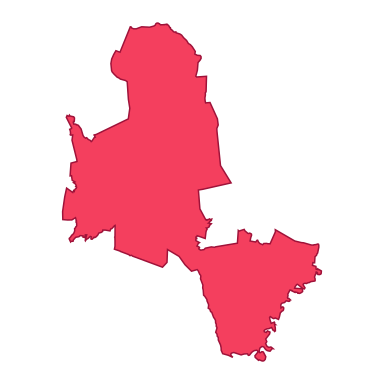 outline of Tlaltizapán de Zapata, Morelos, Mexico
{"feature_id": "50627088B49217098257647", "entity_name": "Tlaltizapán de Zapata", "entity_type": "district", "adm_level": 2, "iso_a3": "MEX", "parent_name": "Mexico", "parent_adm1": "Morelos", "projection": "orthographic", "projection_center": [-99.108, 18.704], "detail": "fine", "context": "isolated", "style": "filled", "palette": "rose", "viewbox_px": 384, "rotation_deg": 0, "n_neighbors": 0, "source": "geoboundaries", "source_scale": "gbopen_adm2", "svg_char_len": 5951}
<svg xmlns="http://www.w3.org/2000/svg" viewBox="0 0 384 384"><path d="M210.0,102.5L205.6,102.9L205.1,100.6L204.9,98.0L205.4,95.1L205.3,92.8L206.0,91.9L206.1,91.0L206.5,76.3L196.7,77.0L195.8,76.2L197.4,70.2L198.0,62.6L200.2,60.0L201.1,58.3L201.0,56.5L200.1,55.5L197.3,55.3L194.8,54.0L195.3,51.5L192.3,46.8L190.4,44.7L188.4,43.5L186.6,40.5L183.6,37.7L181.6,35.1L179.9,34.0L176.1,32.8L175.9,31.9L174.4,32.1L173.3,31.6L172.6,30.5L170.7,29.1L170.4,27.7L169.9,27.7L168.7,25.6L167.2,24.3L166.6,24.6L166.3,24.2L164.6,24.7L164.1,24.5L163.7,24.7L160.5,24.8L159.4,23.7L158.3,23.4L158.0,23.0L156.6,23.2L155.9,23.7L155.1,25.3L153.7,26.1L149.6,27.2L141.6,26.8L136.3,28.8L133.6,28.8L131.7,28.0L131.2,27.0L130.3,26.8L120.0,52.2L115.9,50.7L113.7,54.5L111.7,59.0L110.9,63.6L111.6,70.6L112.2,72.0L114.1,74.2L117.4,77.4L118.2,77.5L120.4,79.1L125.5,80.5L127.2,81.7L128.4,99.4L129.8,108.3L128.3,118.9L96.1,134.5L93.4,135.1L94.8,135.0L94.9,136.1L94.7,136.8L95.1,137.2L94.2,137.6L91.9,141.1L91.2,141.6L90.4,140.5L88.0,139.3L87.6,138.6L86.6,137.7L85.6,138.2L84.0,137.0L83.0,135.4L81.1,129.0L78.5,125.5L77.8,125.0L76.4,124.8L76.4,124.5L75.3,124.1L73.8,124.1L73.3,122.7L73.5,121.5L74.1,121.7L74.3,121.3L74.5,118.0L73.7,116.8L70.0,116.0L69.4,115.1L68.8,116.2L68.1,116.1L67.1,115.5L66.3,117.3L71.7,128.0L71.0,128.8L69.7,129.3L70.3,131.0L70.6,133.5L70.2,134.5L70.4,135.0L70.9,135.1L72.7,135.0L72.0,140.2L76.8,159.6L77.0,161.5L71.0,163.1L70.1,175.9L71.5,175.7L72.2,180.3L74.9,181.9L73.5,182.6L75.5,184.1L76.3,185.9L75.7,186.5L76.6,187.2L76.2,188.4L75.4,188.9L74.6,190.0L74.3,191.3L73.6,190.6L72.8,192.5L66.6,188.1L64.7,197.0L62.6,211.6L62.8,219.6L67.7,220.0L71.9,219.9L75.5,217.7L76.4,220.8L76.1,220.8L76.1,222.3L76.5,222.6L76.6,223.3L76.7,225.7L76.4,226.4L75.7,226.9L75.5,227.8L74.6,228.5L74.7,230.8L74.0,232.8L72.7,234.6L71.8,235.1L70.3,237.4L69.3,238.3L69.2,238.9L70.6,241.9L70.9,241.5L73.1,241.2L73.4,239.9L75.7,237.3L78.9,236.7L80.2,235.6L83.0,235.9L82.9,237.0L84.8,237.6L85.3,234.8L86.7,234.8L85.2,240.3L85.4,240.8L86.4,239.3L87.9,238.6L90.2,236.4L91.3,236.8L90.9,238.4L91.2,239.2L92.2,239.2L94.1,237.2L94.7,237.6L96.0,236.9L97.6,235.3L98.9,233.0L101.0,232.5L102.6,231.5L102.8,230.1L105.3,230.1L110.0,230.9L110.7,229.0L111.9,228.6L114.6,225.6L115.1,225.4L115.0,236.4L114.7,237.1L114.9,237.3L115.0,240.8L115.0,246.2L114.4,249.2L120.1,251.1L120.3,251.4L128.8,254.6L129.9,255.6L131.6,255.3L132.5,256.1L162.5,267.2L167.0,262.4L167.5,249.5L179.1,256.4L185.0,264.7L191.5,271.2L197.2,269.6L198.2,270.8L199.7,274.2L200.6,275.3L200.8,276.5L200.5,278.8L202.9,285.1L202.7,287.9L203.2,290.0L203.6,295.2L204.7,296.2L206.9,299.5L207.0,300.9L208.5,304.3L208.6,305.5L208.2,308.2L209.8,309.2L210.6,311.6L211.7,312.2L213.6,317.3L214.8,319.0L215.5,320.5L215.6,322.9L216.2,324.0L216.3,326.6L216.9,327.2L216.9,328.3L215.7,332.3L217.0,334.1L217.3,336.4L218.3,337.4L218.3,340.0L220.5,344.9L221.1,347.7L221.2,350.3L222.7,353.7L228.4,355.3L232.2,357.1L232.4,356.8L231.1,355.6L230.8,354.2L231.1,353.5L231.9,353.0L233.8,352.5L241.1,354.9L244.1,354.0L247.2,353.8L247.6,353.9L248.1,355.1L248.7,355.4L249.5,355.1L251.6,352.5L252.9,351.4L254.3,350.6L256.8,350.2L258.0,351.4L257.7,352.3L254.9,355.8L255.2,357.4L258.5,360.3L259.1,359.8L262.2,361.0L263.5,360.9L264.1,360.6L265.2,359.4L265.8,356.7L263.5,352.3L263.0,351.8L261.8,351.7L260.3,352.7L259.4,352.5L259.2,350.9L259.8,348.2L261.7,346.6L262.8,346.6L263.8,347.0L265.6,349.5L267.2,350.6L269.2,351.1L270.2,351.1L272.0,348.7L273.1,348.7L271.3,347.2L270.8,347.0L268.8,347.4L267.0,346.3L265.6,343.6L266.8,341.7L265.7,339.0L269.6,334.0L270.0,332.1L267.4,330.9L266.2,332.5L264.3,331.7L264.1,330.8L264.5,330.1L266.7,328.9L268.9,328.6L271.6,327.5L273.0,330.2L273.8,330.3L274.5,331.5L275.4,330.9L275.3,327.7L274.6,324.6L275.4,324.6L274.5,323.9L274.7,322.9L274.3,322.1L271.2,323.4L269.9,319.6L269.6,317.4L270.3,316.6L272.7,318.2L273.7,318.6L275.3,318.0L278.5,319.4L279.3,317.3L280.3,312.9L281.9,311.2L282.8,310.8L283.4,310.1L283.7,308.8L283.7,307.8L283.2,307.1L282.5,306.9L281.0,307.9L280.8,305.1L281.0,304.3L281.9,303.2L284.6,302.5L286.2,300.8L288.9,301.4L289.7,301.1L290.0,300.0L290.4,299.9L288.8,298.4L287.8,298.3L287.5,297.4L288.0,295.7L287.8,294.1L290.0,290.0L291.8,290.5L291.7,290.8L295.0,292.4L295.2,292.0L297.8,292.6L297.8,293.2L299.7,293.4L301.5,292.5L302.6,291.6L302.5,288.8L294.6,288.2L295.1,286.7L296.6,284.7L297.3,284.3L298.2,284.8L302.8,288.5L304.4,288.9L305.0,287.8L303.3,285.1L303.1,284.4L303.6,283.7L304.9,283.3L306.5,283.5L307.8,282.8L309.5,282.5L310.6,281.7L314.9,281.0L315.1,280.7L315.1,278.8L314.5,277.1L315.4,274.5L315.9,273.9L316.1,272.1L316.8,272.1L317.5,273.0L317.1,273.5L317.9,274.5L319.7,274.6L320.9,274.0L321.2,273.3L321.4,271.0L321.2,270.8L317.8,268.9L317.8,269.6L316.2,269.3L315.9,266.4L312.5,265.4L312.9,262.6L314.6,262.8L315.0,256.7L316.5,255.3L317.0,253.8L317.6,253.1L318.8,247.3L318.8,245.3L318.5,244.2L317.8,244.0L315.9,244.6L313.8,244.8L313.5,245.1L311.3,245.0L303.6,242.8L301.4,242.6L294.8,241.0L275.3,229.7L275.4,231.8L270.1,243.8L267.6,243.7L266.8,243.4L263.8,243.5L262.7,244.7L259.8,243.5L258.6,242.2L257.6,240.2L257.0,240.3L255.7,242.0L250.1,241.0L250.7,237.8L251.6,235.1L251.4,234.0L249.8,233.1L248.7,233.5L247.8,233.3L244.9,230.8L244.2,229.4L238.9,231.1L238.3,230.5L237.4,243.2L215.7,246.8L214.6,247.3L211.3,246.9L205.3,248.2L204.0,249.6L201.0,250.1L200.4,250.1L199.7,249.4L199.2,249.3L198.8,248.7L199.5,247.4L198.9,246.9L197.0,246.1L198.3,243.4L199.5,242.6L195.9,240.6L195.8,239.1L196.8,238.7L196.8,238.4L196.2,238.0L195.8,237.2L196.3,236.7L197.0,236.5L197.2,235.7L205.2,238.5L206.0,231.8L206.4,230.5L207.1,229.2L206.4,228.0L207.2,228.0L209.0,227.0L209.5,225.9L209.4,225.3L210.1,224.6L210.4,224.7L211.3,223.7L208.5,223.1L209.1,222.7L209.6,221.6L211.3,220.5L211.7,219.1L210.2,219.6L209.5,218.9L207.3,220.1L206.8,220.1L206.8,219.6L205.7,219.7L199.9,208.9L198.4,190.0L202.7,189.3L231.1,182.9L220.5,165.6L217.0,131.6L216.8,128.6L218.2,125.0L217.4,118.8L210.0,102.5Z" fill="#f43f5e" stroke="#9f1239" stroke-width="1.5"/></svg>